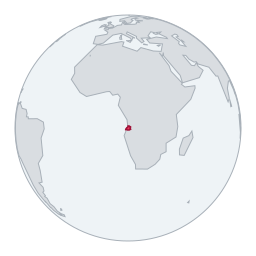 globe centered on Benguela
{"feature_id": "AGO-1887", "entity_name": "Benguela", "entity_type": "Province", "adm_level": 1, "iso_a3": "AGO", "parent_name": "Angola", "parent_adm1": "", "projection": "orthographic", "projection_center": [13.731, -12.811], "detail": "fine", "context": "on_globe", "style": "filled", "palette": "rose", "viewbox_px": 256, "rotation_deg": 0, "n_neighbors": 0, "source": "natural_earth", "source_scale": "10m", "svg_char_len": 5624}
<svg xmlns="http://www.w3.org/2000/svg" viewBox="0 0 256 256"><circle cx="128" cy="128" r="113" fill="#eef3f6" stroke="#a8b0b8"/><path d="M65.8,34.1L64.9,34.7L63.3,35.9L58.8,39.1L58.7,39.2L65.8,34.1ZM51.6,45.2L52.2,44.7L54.1,43.0L52.9,44.2L49.6,47.1L51.6,45.2ZM17.8,104.7L18.3,102.4L17.1,108.7L18.6,102.2L18.4,104.4L20.8,101.5L20.3,103.1L22.2,108.4L26.1,109.4L27.1,113.6L26.4,116.8L28.2,116.9L28.3,118.8L37.3,118.7L43.4,122.1L44.2,128.9L41.1,138.0L42.8,155.6L38.3,163.4L40.2,170.6L42.1,182.2L39.0,182.9L43.1,187.3L44.0,191.0L42.8,192.2L45.4,195.7L44.7,196.5L47.1,198.2L50.1,203.7L54.0,206.8L57.3,211.1L59.9,212.8L59.6,213.1L60.4,214.2L61.8,215.3L59.1,214.5L53.6,210.3L51.1,207.6L50.7,207.7L45.0,200.9L46.0,202.6L38.3,193.4L33.3,185.1L22.6,162.6L20.9,158.8L19.0,155.7L17.3,148.9L16.0,140.1L15.4,131.2L15.5,122.3L16.3,113.4L17.8,104.7ZM65.0,216.6L60.0,215.1L62.2,215.6L60.2,213.3L64.2,214.8L65.0,216.6ZM60.8,210.4L60.6,208.7L61.6,209.1L61.9,210.3L60.8,210.4ZM165.7,21.9L166.2,22.0L166.9,22.3L166.8,22.2L174.1,25.2L181.3,28.7L188.1,32.7L194.7,37.2L200.9,42.1L206.8,47.5L212.3,53.2L217.3,59.4L221.9,65.8L226.1,72.6L229.7,79.6L232.9,86.9L235.5,94.4L237.6,102.1L237.4,101.0L238.8,108.4L240.0,115.6L240.6,124.5L240.4,121.7L239.7,114.1L239.1,110.8L238.0,104.1L235.1,93.3L234.8,93.7L233.6,89.8L229.5,80.6L228.4,81.1L227.4,88.4L229.3,98.3L228.1,101.9L221.6,85.7L217.8,76.0L216.0,76.1L208.9,67.2L198.1,64.0L196.1,61.6L194.1,62.1L189.0,59.2L185.8,55.4L182.9,55.2L191.4,65.3L194.5,65.7L196.3,62.7L198.2,66.3L203.1,70.3L199.4,77.6L182.5,82.8L180.2,75.4L163.5,55.7L163.5,53.9L163.4,53.6L163.2,53.2L162.4,56.3L159.3,52.8L169.0,65.6L171.0,71.3L182.3,83.2L181.4,84.3L184.9,87.0L194.9,85.7L195.1,88.2L190.8,99.3L176.3,114.5L177.8,126.6L176.0,137.0L166.1,143.2L166.1,151.7L160.8,154.4L159.8,159.2L155.1,164.3L147.5,169.1L135.6,169.0L135.5,164.5L130.6,155.8L124.1,135.6L127.8,126.5L127.0,119.7L118.3,105.3L120.3,97.2L117.8,94.1L112.7,95.2L109.7,91.5L106.6,91.7L86.5,96.5L80.0,92.5L71.3,79.4L74.7,73.3L74.6,67.1L97.2,44.7L102.8,45.1L121.4,41.6L123.9,42.1L122.5,46.2L137.1,51.2L140.9,47.6L153.3,51.0L161.1,51.4L162.5,43.9L149.7,43.0L146.7,39.4L156.3,37.0L167.4,38.6L166.5,37.3L158.9,33.8L160.8,32.0L156.2,32.5L158.6,33.9L155.7,34.4L153.4,33.3L154.2,32.6L150.7,31.8L148.0,35.8L150.1,37.7L141.3,38.2L144.0,41.4L141.8,42.9L136.5,38.1L136.5,36.4L127.2,31.9L126.4,33.6L135.1,38.1L132.7,37.8L131.7,40.7L130.5,38.2L121.2,33.4L112.8,35.1L103.3,43.1L98.1,44.4L93.3,43.7L95.7,36.3L106.9,34.3L107.9,32.2L104.6,29.9L108.3,29.6L108.4,28.6L112.5,28.1L117.4,25.4L121.5,24.9L122.5,22.3L124.7,21.8L123.5,23.4L124.8,24.5L134.8,24.2L136.4,23.7L136.3,22.1L139.1,22.5L137.6,21.1L142.9,20.8L135.3,20.1L134.9,18.8L137.6,18.1L136.1,17.7L131.7,18.9L131.2,19.7L133.0,20.4L130.4,22.9L127.1,23.4L124.6,20.7L119.8,21.4L120.0,19.4L131.7,16.3L137.1,16.2L147.8,18.0L147.1,18.4L142.9,17.8L147.6,19.3L146.8,18.7L149.1,19.2L149.4,18.5L151.0,18.9L148.4,17.8L150.4,18.2L152.0,18.8L154.1,18.7L158.1,19.6L157.8,19.4L156.3,19.0L162.3,20.7L162.1,20.6L165.7,21.9ZM90.4,54.8L90.0,56.5L90.4,54.8ZM179.8,44.9L185.9,46.4L181.8,41.5L183.8,41.8L181.7,40.1L181.5,41.1L176.1,37.0L178.2,36.4L176.8,34.6L174.7,34.1L171.6,35.9L179.3,41.7L178.5,43.2L179.8,44.9ZM20.9,101.3L21.1,102.2L20.5,102.7L20.9,101.3ZM22.6,89.3L22.9,89.2L22.2,90.4L22.6,89.3ZM22.2,89.4L22.3,89.7L21.0,92.8L21.0,92.7L22.2,89.4ZM52.7,44.2L52.8,44.2L52.2,44.7L52.7,44.2ZM59.1,39.4L56.9,41.4L57.8,40.4L56.1,41.7L55.7,41.7L62.5,36.5L59.5,38.7L59.1,39.4ZM104.6,24.6L106.3,24.9L105.2,26.0L100.0,27.5L101.6,25.8L104.6,24.6ZM109.0,25.1L108.0,22.5L111.1,21.8L109.5,22.6L111.7,22.3L109.7,23.6L113.8,25.8L113.0,27.0L103.9,28.6L107.3,27.2L105.4,26.9L109.0,25.1ZM99.7,20.2L99.3,19.8L106.7,18.5L106.2,19.0L101.1,20.3L98.6,20.5L99.7,20.2ZM111.5,16.6L111.3,16.6L108.4,17.1L107.7,17.3L106.7,17.4L106.3,17.6L105.3,17.7L103.5,18.2L105.5,17.8L90.4,21.9L84.9,24.1L80.8,26.0L79.6,26.4L81.4,25.5L88.7,22.5L96.1,20.0L103.8,18.0L111.5,16.6ZM126.2,40.5L128.0,40.7L130.8,40.4L130.2,42.4L126.2,40.5ZM119.7,37.2L121.3,36.9L121.8,39.3L119.9,39.3L119.7,37.2ZM121.8,34.9L121.4,36.7L120.5,35.7L121.8,34.9ZM124.9,23.1L126.5,22.9L126.8,23.3L126.1,23.9L124.9,23.1ZM129.7,15.4L128.5,15.4L129.7,15.4ZM160.6,45.0L158.6,46.3L157.3,45.5L158.2,45.2L160.6,45.0ZM143.8,43.9L147.9,45.0L143.6,44.5L143.8,43.9ZM189.1,201.0L188.8,202.9L187.6,202.6L189.1,201.0ZM193.0,137.5L184.2,155.4L179.5,154.9L179.4,149.1L183.2,138.1L188.9,135.6L191.9,131.0L193.0,137.5ZM240.1,138.6L240.4,132.3L238.9,113.9L239.5,115.3L240.6,127.5L240.6,128.2L240.6,129.2L240.6,130.4L240.1,138.6ZM229.7,99.4L231.7,106.3L230.8,106.7L229.7,99.4ZM150.4,17.6L150.7,17.7L153.7,18.4L149.3,17.4L148.3,17.2L150.4,17.6Z" fill="#d9dde1" stroke="#a8b0b8" stroke-width="1"/><path d="M125.7,129.5L125.7,129.4L125.7,129.2L125.8,129.1L125.9,128.9L126.0,128.8L126.3,128.6L126.5,128.3L126.5,128.2L126.6,127.9L126.8,127.7L127.0,127.6L127.3,127.6L127.4,127.4L127.5,127.4L127.5,127.2L127.8,126.9L127.9,126.7L128.0,126.6L128.0,126.4L128.1,126.2L128.1,125.9L128.3,125.9L128.5,126.0L128.8,126.3L129.0,126.4L129.2,126.2L129.3,126.1L129.5,126.1L129.7,126.4L129.7,126.5L129.8,126.6L130.0,126.6L130.3,126.7L130.4,126.8L130.5,126.8L130.5,127.1L130.5,127.3L130.5,127.5L130.4,127.5L130.2,127.6L130.1,127.8L130.1,128.0L130.2,128.3L130.3,128.4L130.3,128.5L130.3,128.8L130.4,129.0L130.5,129.1L130.6,129.3L130.4,129.4L130.2,129.5L129.8,129.7L129.7,129.7L129.4,129.6L129.2,130.0L128.7,130.0L128.4,130.0L128.2,130.0L127.9,130.0L127.7,130.0L127.4,130.0L127.3,129.9L127.2,129.8L127.2,129.7L126.8,129.4L126.7,129.4L126.7,129.5L126.4,129.6L126.1,129.5L125.9,129.4L125.7,129.5L125.7,129.5Z" fill="#f43f5e" stroke="#9f1239" stroke-width="1.5"/></svg>